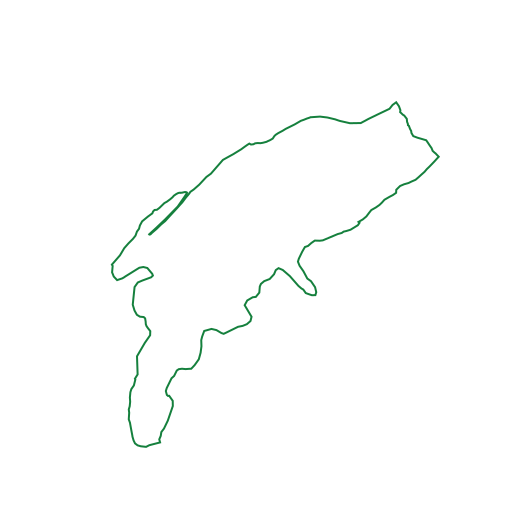 outline of Badrashain, Al Jizah, Egypt, rotated 235°
{"feature_id": "37247803B45225516611894", "entity_name": "Badrashain", "entity_type": "district", "adm_level": 2, "iso_a3": "EGY", "parent_name": "Egypt", "parent_adm1": "Al Jizah", "projection": "mercator", "projection_center": [31.25, 29.824], "detail": "fine", "context": "isolated", "style": "outline", "palette": "green", "viewbox_px": 512, "rotation_deg": 235, "n_neighbors": 0, "source": "geoboundaries", "source_scale": "gbopen_adm2", "svg_char_len": 4167}
<svg xmlns="http://www.w3.org/2000/svg" viewBox="0 0 512 512"><g transform="rotate(235 256 256)"><path d="M301.5,459.0L301.4,454.5L300.0,449.8L302.3,436.0L302.5,434.6L303.1,431.0L303.8,426.6L304.0,424.8L304.3,422.1L304.4,421.5L304.8,418.1L310.9,409.1L318.5,402.2L319.8,401.2L322.7,399.1L323.0,398.8L325.6,396.5L328.2,394.2L328.5,393.9L328.8,393.6L331.4,390.7L333.3,388.6L333.6,388.2L338.1,380.7L338.3,380.5L338.8,378.5L339.4,376.6L340.1,373.5L341.0,370.3L341.6,363.2L342.5,357.2L343.1,353.3L343.3,349.6L343.9,344.7L344.0,341.7L343.7,339.8L342.6,337.1L342.7,335.5L342.9,333.5L343.3,331.6L343.5,330.1L344.8,326.6L345.9,324.3L347.6,322.1L348.8,319.9L349.0,318.0L350.2,315.8L351.9,315.0L352.0,312.9L352.0,309.4L351.9,305.1L352.4,296.9L352.4,296.2L352.5,295.4L353.2,288.9L353.7,284.0L351.5,275.1L349.3,266.3L349.3,266.2L349.2,260.7L347.0,250.4L346.2,243.1L346.2,239.0L345.5,237.3L344.7,234.6L344.7,234.4L344.0,231.8L342.2,226.3L341.5,223.1L340.4,218.4L338.2,208.2L336.7,201.6L336.3,196.5L335.2,189.9L334.7,184.5L334.5,183.0L334.3,182.3L334.4,182.0L334.4,181.8L334.4,181.3L334.5,181.2L334.9,180.9L335.0,180.9L335.0,181.0L335.1,181.5L336.2,189.9L338.1,202.6L341.4,220.2L345.4,231.1L347.3,235.8L348.0,235.7L349.1,234.6L350.2,232.0L350.2,231.9L350.6,231.2L351.2,230.3L351.2,230.1L351.8,229.5L352.3,227.9L352.5,226.0L352.5,223.3L352.0,221.3L351.7,218.3L351.6,214.1L351.9,211.3L350.8,204.5L350.7,201.3L351.9,199.3L351.5,197.2L350.4,195.6L350.3,190.2L349.7,182.6L347.6,178.4L345.4,175.8L344.3,172.5L341.8,169.0L340.6,165.0L339.5,158.8L338.0,152.6L334.5,144.8L334.5,144.7L331.6,133.0L330.1,132.9L325.1,128.7L324.1,128.5L322.8,128.2L320.8,127.7L315.9,128.4L315.4,130.2L314.4,133.5L314.2,135.6L314.2,137.3L313.9,142.6L313.5,150.2L313.3,153.7L311.6,157.4L308.5,160.1L301.8,160.7L301.0,160.8L299.1,160.3L298.7,157.9L299.6,154.5L301.1,148.8L302.1,144.0L300.2,138.7L293.5,132.9L286.8,127.1L281.0,125.2L276.2,124.7L272.9,126.1L270.4,129.0L268.5,129.4L265.6,128.0L263.3,126.6L261.3,126.1L258.9,126.1L255.1,126.3L251.8,123.8L248.6,115.1L242.1,101.0L226.9,91.1L224.9,86.4L224.0,86.3L220.0,81.7L218.5,77.6L216.5,75.0L212.4,71.5L208.9,69.4L208.3,68.9L205.3,66.3L203.3,63.8L200.3,62.2L195.2,58.1L191.6,57.1L190.6,56.6L185.4,54.2L179.4,51.5L178.9,51.2L175.0,49.9L173.6,49.7L171.9,49.4L168.8,50.4L166.3,52.4L162.7,56.5L162.2,60.1L158.3,70.5L161.3,71.6L163.3,74.8L166.1,77.5L167.4,81.6L171.7,89.3L180.8,101.8L185.1,104.7L188.9,104.7L191.3,104.7L191.8,103.7L193.3,103.3L195.8,104.2L197.1,104.7L199.0,107.1L204.3,116.7L204.7,120.1L207.0,124.3L207.6,125.4L207.6,127.8L206.1,130.7L203.7,133.5L202.3,135.9L200.8,138.3L201.8,143.1L204.2,149.9L208.5,155.1L213.3,159.5L218.5,162.9L220.9,165.7L224.3,170.6L223.3,173.4L221.8,177.7L218.0,181.1L212.7,183.5L210.8,184.9L210.3,187.8L208.3,200.7L206.4,205.0L205.4,209.4L205.9,214.2L208.8,217.5L215.5,218.0L222.2,218.5L224.6,223.3L224.1,229.6L222.6,232.4L224.1,237.7L228.8,241.6L230.3,244.0L230.7,248.3L229.3,254.0L230.7,260.3L233.1,264.1L233.1,267.5L229.2,269.9L220.1,272.2L207.2,273.6L203.3,274.6L201.4,275.5L199.0,275.5L197.1,275.5L195.8,276.4L193.7,277.9L191.8,279.3L189.9,282.2L191.8,284.6L195.8,286.2L196.6,286.5L203.8,286.6L208.1,285.1L216.3,286.1L223.0,286.1L227.3,287.1L229.2,289.5L231.1,292.9L233.0,296.3L235.3,301.2L234.4,304.4L234.9,308.7L234.9,313.0L232.0,316.9L230.5,319.7L228.1,330.8L227.1,335.5L225.7,339.4L225.7,341.8L224.7,344.2L223.3,348.5L222.8,357.1L223.8,359.8L225.1,359.5L224.7,364.5L225.1,369.1L226.5,373.4L227.5,376.8L227.0,382.0L227.0,386.4L227.5,389.7L228.4,393.5L227.9,399.3L227.4,403.1L227.4,407.0L229.8,408.9L230.3,411.8L230.7,414.2L229.8,418.5L228.3,422.8L227.8,426.1L226.9,430.4L227.3,434.3L227.8,438.1L228.1,440.8L228.3,442.4L229.2,445.8L229.7,449.1L231.1,456.3L232.0,460.2L232.5,462.6L233.3,462.5L235.2,462.2L237.3,461.9L238.0,461.6L240.8,461.0L243.7,461.7L245.5,461.7L246.9,461.7L250.6,461.8L251.6,461.8L253.2,461.8L256.6,459.1L260.3,456.1L264.0,453.6L267.6,453.9L269.4,454.8L271.9,455.1L273.4,455.5L275.0,455.9L276.0,455.5L277.1,456.2L279.2,456.7L281.9,458.2L283.7,458.1L286.0,458.0L287.6,457.3L288.8,457.1L291.2,456.6L292.6,457.9L296.7,459.0L301.4,459.0L301.5,459.0Z" fill="none" stroke="#15803d" stroke-width="2"/></g></svg>